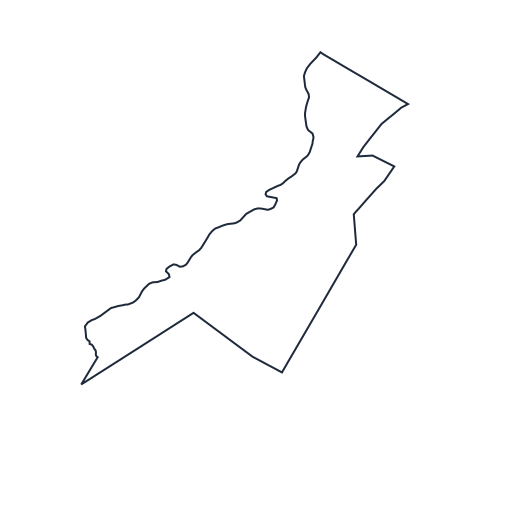 outline of Amarante, Piauí, Brazil, rotated 46°
{"feature_id": "56859067B92576717427769", "entity_name": "Amarante", "entity_type": "district", "adm_level": 2, "iso_a3": "BRA", "parent_name": "Brazil", "parent_adm1": "Piauí", "projection": "equal_earth", "projection_center": [-42.852, -6.403], "detail": "fine", "context": "isolated", "style": "outline", "palette": "slate", "viewbox_px": 512, "rotation_deg": 46, "n_neighbors": 0, "source": "geoboundaries", "source_scale": "gbopen_adm2", "svg_char_len": 1947}
<svg xmlns="http://www.w3.org/2000/svg" viewBox="0 0 512 512"><g transform="rotate(46 256 256)"><path d="M187.8,428.0L190.3,429.7L197.0,435.1L199.5,435.5L201.7,435.0L203.8,436.8L205.6,435.7L208.1,435.9L209.9,436.7L212.6,437.0L214.4,438.3L215.6,439.7L217.0,440.4L218.8,440.2L227.0,470.9L241.3,400.7L250.7,354.1L251.2,351.8L253.5,340.4L297.8,333.1L326.2,328.4L357.8,318.2L355.1,308.9L352.4,299.3L337.9,248.0L323.7,198.2L317.5,176.1L293.9,156.7L293.5,153.1L293.4,150.5L292.9,144.6L292.5,139.9L291.2,122.7L291.2,111.7L287.6,94.3L280.6,96.8L264.7,102.4L254.9,113.8L252.2,103.0L250.7,92.4L248.9,79.0L248.2,74.0L248.9,65.0L249.6,57.1L250.2,48.4L252.3,41.1L201.5,55.2L191.6,58.0L157.8,67.4L154.2,68.1L155.1,74.5L155.5,83.6L156.3,88.9L158.0,93.3L159.9,96.6L168.8,103.3L171.6,104.4L175.8,105.5L178.7,107.6L180.4,111.0L182.3,114.4L183.8,116.8L187.3,121.5L189.5,123.6L197.6,129.5L199.9,130.5L201.9,131.0L207.3,130.3L210.6,132.2L211.9,134.0L213.0,135.7L214.5,137.4L216.0,140.4L218.5,145.0L219.2,147.2L219.7,149.6L219.1,155.4L219.5,159.2L220.2,161.6L223.5,167.9L224.0,170.0L223.5,174.9L222.7,179.0L222.4,182.3L222.4,186.2L221.9,189.0L220.8,191.3L217.7,200.3L217.0,204.2L218.2,206.2L220.6,206.7L228.7,201.0L230.6,202.2L232.4,206.6L233.3,209.6L232.2,213.1L230.9,215.5L226.4,218.6L224.1,220.5L222.8,222.0L221.2,224.9L218.9,233.8L219.5,242.7L218.5,246.7L217.3,249.1L213.2,254.4L210.8,259.2L209.7,262.2L207.9,266.2L207.6,270.4L208.1,274.6L209.1,278.0L210.2,282.1L212.1,289.7L212.3,293.3L211.8,296.1L211.3,301.0L211.7,303.8L213.3,309.8L213.6,312.5L212.7,315.7L210.9,318.2L207.1,319.4L204.7,321.2L203.5,325.5L203.1,329.2L204.4,331.4L208.6,331.3L211.1,332.9L209.9,338.1L208.3,340.7L206.3,344.9L203.1,348.7L201.7,352.3L201.7,359.1L202.2,362.3L204.4,368.9L204.5,373.9L203.9,377.2L201.8,382.0L200.2,383.7L198.9,386.0L196.3,389.8L194.2,393.8L192.7,396.5L191.0,409.4L189.4,415.7L188.0,418.7L187.0,423.2L187.8,428.0Z" fill="none" stroke="#1e293b" stroke-width="2"/></g></svg>